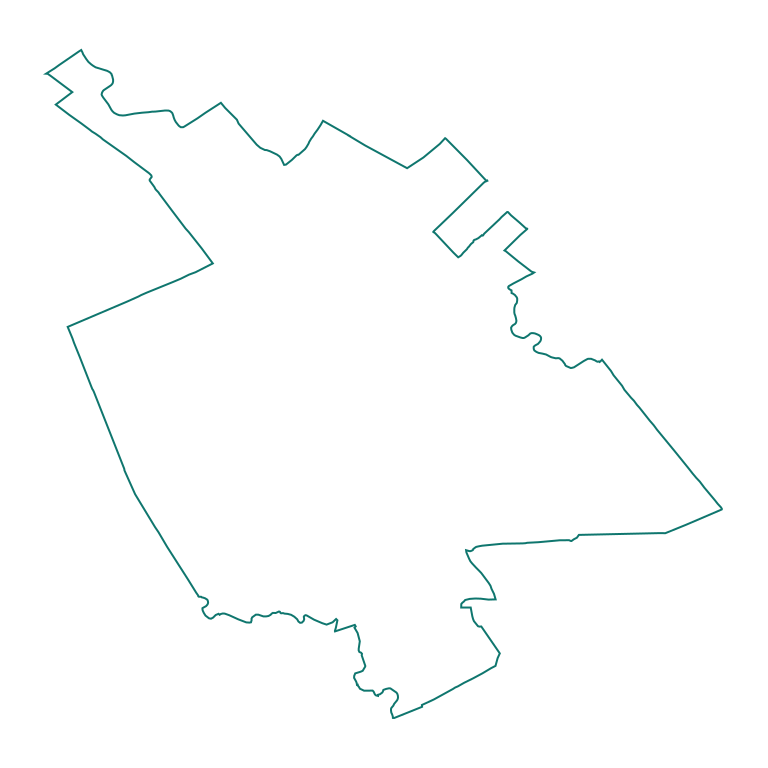 outline of Ulmi, Giurgiu, Romania
{"feature_id": "2599482B15778475924534", "entity_name": "Ulmi", "entity_type": "district", "adm_level": 2, "iso_a3": "ROU", "parent_name": "Romania", "parent_adm1": "Giurgiu", "projection": "equal_earth", "projection_center": [25.773, 44.5], "detail": "fine", "context": "isolated", "style": "outline", "palette": "teal", "viewbox_px": 768, "rotation_deg": 0, "n_neighbors": 0, "source": "geoboundaries", "source_scale": "gbopen_adm2", "svg_char_len": 6066}
<svg xmlns="http://www.w3.org/2000/svg" viewBox="0 0 768 768"><path d="M452.9,689.0L455.2,687.5L457.8,686.4L464.1,682.8L473.0,678.4L482.5,673.3L491.2,668.1L495.5,665.9L497.6,658.2L499.8,653.4L481.3,626.5L479.4,626.6L478.0,626.2L473.9,621.1L473.0,618.8L472.3,616.2L470.7,607.5L461.2,607.5L461.3,604.0L462.4,602.7L463.8,601.6L465.2,600.0L469.7,598.9L475.4,598.5L480.8,598.7L488.5,599.6L495.6,599.4L494.0,593.9L491.5,588.8L490.5,585.8L488.8,583.1L481.2,572.9L475.8,567.4L472.1,563.4L470.4,561.3L469.0,558.5L466.4,552.4L466.1,550.2L469.3,551.1L470.7,551.1L472.5,550.3L472.9,550.0L473.2,549.1L475.1,547.6L476.2,546.9L478.8,546.3L482.1,545.7L502.6,543.7L522.4,543.4L525.5,543.2L527.1,542.8L538.5,542.2L559.5,540.3L569.1,540.2L570.6,540.9L571.5,541.0L573.8,539.3L576.9,537.7L578.9,534.9L660.1,533.1L665.3,533.2L686.0,524.8L721.7,509.5L721.9,509.0L721.1,507.5L717.6,503.7L714.7,500.0L704.3,487.6L699.8,481.6L696.3,477.9L692.6,473.5L688.7,468.5L674.3,450.7L657.0,429.7L653.7,425.2L649.7,420.6L639.5,407.7L636.9,404.8L633.9,400.7L631.0,397.7L624.4,389.8L622.1,385.8L613.6,375.3L611.0,371.0L602.0,359.7L600.3,361.5L599.5,362.0L599.0,361.4L597.4,361.7L596.5,361.3L595.1,360.4L591.1,358.8L588.1,358.8L587.1,359.2L583.8,361.0L574.0,367.3L571.8,367.9L570.7,368.0L566.1,366.0L565.3,365.2L564.9,364.1L562.4,360.7L559.6,358.4L558.2,358.1L555.8,358.3L552.0,357.4L550.8,357.0L546.1,354.5L542.4,353.6L538.6,352.9L536.4,351.9L534.4,350.5L533.9,349.5L533.7,348.4L533.7,347.2L533.8,346.6L535.2,345.4L538.0,343.9L540.2,341.4L540.7,340.4L541.0,339.3L541.1,338.0L540.9,337.2L540.2,336.2L539.3,335.4L537.8,334.6L535.1,333.5L533.7,333.2L531.7,333.1L530.3,333.5L528.4,335.3L525.0,337.5L523.8,338.0L522.5,338.0L520.5,337.5L515.5,335.7L514.0,334.7L512.3,332.6L511.3,329.7L511.1,327.7L511.9,326.3L513.0,325.2L515.0,324.0L515.9,322.9L516.3,321.6L516.4,320.6L515.9,318.0L515.2,315.5L514.6,314.1L514.3,312.5L514.3,309.3L514.4,307.8L515.2,305.0L516.8,302.9L517.2,300.4L517.2,298.6L516.8,297.4L514.9,295.0L512.9,293.6L511.6,293.1L511.5,290.4L509.7,289.4L508.8,288.7L508.2,287.8L508.4,287.3L508.3,286.8L508.8,286.1L513.5,283.4L521.6,279.2L526.4,276.4L532.5,273.6L534.1,272.5L531.9,271.8L530.8,271.1L518.2,261.4L505.8,251.2L504.5,250.5L520.3,235.0L527.2,229.0L527.2,228.7L525.7,228.2L519.3,222.4L511.0,215.3L508.0,212.1L507.2,212.0L501.5,217.1L499.5,219.3L484.8,233.1L484.0,233.9L483.1,235.4L482.5,235.6L481.9,235.2L478.4,238.1L475.7,239.5L474.5,239.8L473.9,240.2L473.5,240.8L473.4,241.8L473.2,242.2L471.1,243.9L469.6,245.7L469.2,246.4L467.9,247.6L466.9,249.2L463.3,252.7L461.3,255.2L460.5,255.9L458.2,257.3L453.4,252.6L436.2,234.3L434.8,232.9L433.3,232.0L433.3,231.8L434.4,230.6L452.5,213.3L483.5,182.9L484.7,181.9L487.3,180.8L487.1,180.5L486.5,181.0L467.1,160.1L446.0,138.8L445.1,138.2L439.8,143.9L423.4,157.5L407.1,168.2L365.2,145.5L349.0,135.8L349.2,135.7L323.0,120.8L320.5,125.2L317.6,129.6L314.6,133.6L312.9,136.4L311.2,138.6L309.1,142.1L308.6,143.5L306.6,146.9L305.0,149.1L298.5,154.8L297.6,154.8L296.6,155.3L291.9,159.9L286.0,164.6L284.1,164.9L281.3,158.9L279.6,156.5L277.0,154.6L270.1,151.3L266.7,150.1L264.9,150.0L260.3,147.8L256.7,144.7L238.6,123.6L236.9,119.7L225.1,107.9L220.9,102.8L205.4,112.8L197.5,118.3L184.3,126.6L183.1,127.2L180.8,127.2L179.2,126.1L178.4,125.3L175.8,122.0L174.6,119.8L173.7,117.4L173.2,115.5L172.4,113.3L172.0,112.7L170.4,111.3L168.7,110.6L165.2,110.5L155.2,111.6L152.0,111.7L148.6,112.2L142.2,112.7L134.4,113.6L125.4,115.3L122.9,115.5L119.3,115.2L117.1,114.4L114.2,112.9L112.5,111.3L111.3,109.7L108.4,104.4L103.2,97.5L101.9,95.4L101.6,94.4L102.1,92.5L103.1,90.8L103.7,90.2L110.1,85.9L111.2,85.1L112.4,83.7L112.8,82.8L113.1,81.4L113.1,79.6L112.0,75.3L111.7,75.0L111.5,74.0L109.9,72.3L107.3,70.9L95.6,67.3L93.0,65.7L91.1,64.3L88.4,61.9L86.3,59.1L83.1,54.2L82.5,52.5L81.2,50.0L79.0,51.4L59.2,65.0L54.8,68.2L46.1,73.7L47.7,73.8L50.4,75.7L72.3,92.1L55.8,104.6L69.3,114.9L81.4,123.5L90.1,130.0L91.9,131.5L95.5,133.7L100.5,137.2L102.9,139.4L126.3,155.9L134.2,162.1L149.3,173.4L150.3,174.4L151.3,175.4L151.7,176.9L149.7,179.5L149.7,180.6L154.3,186.9L155.6,189.4L158.5,192.4L159.4,193.8L171.9,210.5L185.6,228.6L188.8,232.1L201.7,248.4L212.8,263.4L195.6,272.2L189.1,274.6L180.8,278.7L172.7,282.1L146.6,292.7L141.1,295.1L138.5,296.5L127.1,301.6L67.7,326.9L72.5,338.5L74.0,342.8L79.8,357.1L91.4,386.8L92.4,389.2L93.0,390.0L93.9,391.9L124.2,468.7L124.5,470.5L135.1,494.2L155.1,527.2L158.5,532.2L167.1,546.8L187.9,579.3L196.2,592.7L198.1,595.4L198.3,596.3L198.8,596.7L201.2,596.8L201.9,597.4L203.1,597.6L205.1,598.3L207.3,599.7L207.9,601.1L208.1,602.7L207.9,603.5L207.5,604.5L206.1,606.1L202.5,608.1L202.4,608.8L202.7,610.5L203.8,612.9L205.5,615.6L209.0,618.3L211.0,618.7L213.1,617.6L215.7,615.0L218.6,613.8L219.6,614.8L220.8,614.0L222.7,613.5L224.7,613.6L229.2,615.2L238.2,619.3L246.3,622.4L249.5,622.6L251.0,622.3L251.6,620.2L251.5,618.8L252.2,617.3L255.8,614.7L258.4,614.7L263.4,616.4L266.1,616.4L268.5,616.0L270.6,614.8L271.7,613.6L272.9,612.9L275.7,613.0L279.0,611.5L279.9,611.8L280.4,612.8L281.1,613.3L283.0,613.1L284.5,613.6L287.7,613.9L291.1,614.8L294.3,616.7L297.2,619.3L298.4,621.5L300.1,622.8L301.9,622.6L303.6,620.9L304.2,619.2L303.8,616.8L304.4,615.8L305.4,615.2L306.6,615.4L314.1,619.7L322.3,623.2L326.6,624.6L332.6,622.3L336.1,619.0L337.4,620.3L335.9,627.6L334.9,631.0L335.0,631.4L354.8,624.9L355.7,626.4L354.5,627.7L357.6,633.0L359.8,641.3L358.7,648.8L358.7,650.5L359.4,652.0L361.1,652.7L362.0,653.8L361.7,655.3L365.3,665.9L365.2,666.6L362.7,670.8L360.7,671.7L355.2,673.4L354.2,675.9L354.1,677.9L356.1,681.5L356.6,682.8L357.0,684.9L357.7,684.7L358.0,685.8L359.1,687.2L359.9,688.7L364.1,690.7L372.6,690.6L373.6,691.6L374.9,694.4L376.0,695.4L378.0,695.9L378.0,694.8L379.9,694.3L382.2,692.6L382.8,691.7L383.4,689.9L386.2,688.9L389.0,688.3L390.0,688.3L390.7,688.6L396.5,692.6L397.4,694.0L397.9,695.8L398.0,697.7L397.7,699.0L397.1,700.3L394.2,703.8L393.3,705.7L391.4,707.9L391.0,709.0L391.0,710.5L391.3,712.6L392.1,714.3L392.8,716.5L392.9,717.9L394.1,718.0L394.7,717.8L422.1,706.8L421.9,705.0L433.8,699.5L452.9,689.0Z" fill="none" stroke="#0f766e" stroke-width="2"/></svg>